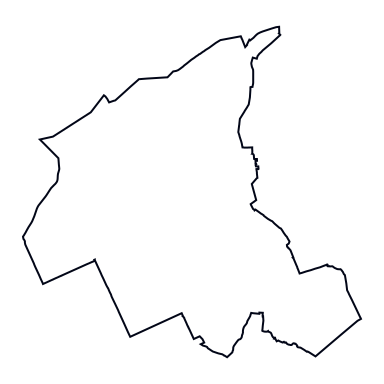 Zwartewaterland, Overijssel, Netherlands (Albers equal-area conic projection)
{"feature_id": "6326949B58737844931960", "entity_name": "Zwartewaterland", "entity_type": "district", "adm_level": 2, "iso_a3": "NLD", "parent_name": "Netherlands", "parent_adm1": "Overijssel", "projection": "albers", "projection_center": [6.086, 52.61], "detail": "fine", "context": "isolated", "style": "outline", "palette": "ink", "viewbox_px": 384, "rotation_deg": 0, "n_neighbors": 0, "source": "geoboundaries", "source_scale": "gbopen_adm2", "svg_char_len": 5717}
<svg xmlns="http://www.w3.org/2000/svg" viewBox="0 0 384 384"><path d="M128.0,332.2L130.2,336.8L181.7,313.2L183.0,316.2L183.5,316.9L183.4,316.9L183.8,317.3L186.5,323.3L187.5,325.7L187.9,326.2L188.3,327.1L188.2,327.1L188.9,328.6L189.2,329.0L193.8,339.0L199.7,336.3L202.5,339.2L204.2,342.6L200.8,344.2L203.0,345.6L205.8,346.4L207.1,347.0L207.8,348.2L212.8,351.5L218.4,353.4L222.3,354.3L223.1,354.8L223.8,355.2L224.1,355.6L224.3,355.7L224.7,355.7L227.1,357.2L232.3,352.4L232.6,351.1L233.1,350.1L233.2,348.7L233.3,347.3L233.9,345.9L236.4,342.4L237.7,340.7L238.5,339.8L238.9,339.6L240.3,339.1L241.0,338.4L241.4,337.8L241.7,337.2L242.1,335.0L242.4,334.5L242.6,333.9L243.0,332.2L242.9,331.6L243.0,330.2L243.3,328.8L243.8,327.3L244.4,326.3L246.2,324.1L246.8,323.2L247.4,321.0L249.5,317.4L250.2,316.1L250.5,314.9L251.1,313.2L251.2,312.9L253.0,313.2L259.3,313.8L259.4,312.6L262.8,312.8L262.6,315.7L262.7,316.5L263.1,316.4L263.4,320.7L262.8,325.6L262.5,329.0L262.3,330.4L262.3,330.8L262.8,331.1L264.4,331.6L266.4,331.7L267.2,331.6L267.8,331.2L268.1,331.0L268.4,331.7L268.9,331.8L270.6,332.6L270.9,332.9L271.4,333.8L272.1,335.7L272.7,336.8L273.0,337.2L273.4,337.5L274.1,337.6L274.0,338.3L274.8,338.0L274.9,338.4L275.2,338.2L275.5,339.2L276.7,341.3L278.3,340.5L279.3,341.1L282.5,342.5L282.9,342.5L283.4,342.2L283.8,342.1L283.7,341.9L283.9,341.8L284.5,342.5L285.0,342.7L285.3,342.4L286.1,342.5L286.9,343.7L287.3,344.0L288.3,344.5L288.9,344.7L289.3,344.7L289.7,344.8L290.4,345.0L291.4,345.0L291.7,344.9L292.8,343.7L293.4,343.3L293.9,343.3L295.0,343.6L294.9,343.8L296.1,344.3L296.5,344.7L297.2,345.7L297.0,346.1L297.2,346.6L297.8,347.2L299.4,347.5L300.4,347.6L300.8,347.8L304.4,350.0L305.5,350.8L307.0,351.8L307.6,351.5L309.1,352.3L315.5,356.4L340.3,335.3L357.3,321.0L357.9,320.6L361.0,318.9L360.6,318.0L360.1,317.1L357.1,310.8L352.0,300.1L349.2,294.5L349.0,294.1L348.5,292.9L347.2,290.4L347.1,290.1L346.3,283.3L345.0,275.7L344.7,274.8L344.6,274.7L344.1,274.4L343.9,274.2L342.9,272.0L341.3,269.9L340.9,269.5L340.5,269.2L339.5,269.3L337.3,269.1L335.0,268.1L333.9,267.4L332.5,266.3L332.2,266.3L330.1,266.4L329.7,266.4L329.2,266.1L328.6,266.3L327.6,266.2L327.3,265.8L327.6,265.4L327.6,264.8L327.4,264.5L327.0,264.5L325.9,265.1L325.4,265.2L320.0,267.3L315.1,268.7L310.7,270.2L306.3,271.4L301.8,272.9L299.6,273.5L299.5,273.2L297.8,268.8L297.4,268.0L297.1,266.7L296.8,266.2L296.2,264.8L293.8,259.1L293.5,258.4L292.9,257.8L293.4,257.6L290.5,250.3L288.9,248.4L288.5,248.3L288.3,248.1L288.2,247.6L288.0,247.4L287.5,247.2L287.3,246.6L287.0,246.2L287.0,245.9L286.9,244.9L288.7,243.6L288.8,243.4L289.0,242.9L289.1,242.7L289.5,241.5L287.6,238.3L287.0,237.0L286.4,236.3L285.7,235.6L283.7,232.8L282.3,230.5L280.9,228.5L279.5,227.9L274.4,223.5L272.4,221.4L272.0,221.1L271.0,220.7L270.0,220.1L267.8,218.8L266.5,217.8L264.1,216.0L263.9,215.8L263.5,215.1L262.6,214.6L261.6,213.9L261.1,213.7L259.4,212.4L255.5,209.6L254.5,210.4L254.4,210.2L254.1,209.5L253.1,209.0L252.9,208.6L251.0,204.9L250.7,204.1L256.2,200.1L251.8,184.0L256.7,178.3L256.9,178.1L257.4,177.9L256.9,173.5L256.9,172.3L256.5,169.8L256.4,169.1L256.9,169.0L258.4,169.1L258.5,169.0L258.5,168.6L258.3,166.4L256.0,166.4L255.7,165.6L255.7,165.1L256.0,164.4L256.3,164.2L256.1,163.7L255.5,163.6L255.5,163.4L255.6,162.0L255.5,160.9L257.0,160.8L256.9,159.0L254.2,159.0L254.0,158.1L254.0,157.3L253.9,156.6L253.9,156.0L253.8,155.2L253.5,154.5L253.3,154.3L252.8,153.9L252.3,153.8L252.4,153.7L252.3,153.1L252.3,152.1L252.3,150.6L252.3,149.9L252.2,149.6L252.2,147.4L247.1,147.6L244.0,147.6L243.5,147.4L242.5,147.4L242.1,145.3L241.8,143.6L241.3,141.7L239.7,136.8L239.2,134.8L238.3,132.1L239.0,126.5L239.0,126.3L239.3,124.4L239.4,123.1L239.9,118.8L240.4,118.0L244.4,111.6L244.8,110.8L246.9,107.6L247.8,106.0L248.7,104.6L249.9,97.5L250.4,89.8L250.4,87.7L250.5,87.1L252.5,86.9L252.6,86.1L253.1,83.8L253.2,82.5L253.2,79.4L253.2,78.4L253.2,71.7L253.1,69.7L251.9,66.8L251.4,64.3L251.3,63.4L251.3,63.0L252.0,60.3L252.4,59.0L252.8,57.6L256.8,58.7L257.5,56.2L259.3,53.8L261.4,51.9L262.7,50.4L271.2,43.3L279.7,35.5L279.9,35.4L280.3,34.9L278.9,33.4L279.3,33.1L279.1,26.8L277.5,27.0L276.1,27.2L272.1,28.4L262.9,31.4L260.3,32.4L258.1,33.5L257.0,34.3L256.1,35.1L255.1,36.1L253.5,37.8L250.2,40.4L249.6,39.7L249.4,39.6L247.0,44.5L247.1,45.0L245.2,47.1L242.1,39.2L241.6,38.5L241.5,37.9L240.8,36.3L220.4,40.1L215.8,42.9L209.1,47.8L205.7,49.9L205.2,50.2L204.8,50.6L203.7,51.4L202.9,51.8L200.9,53.3L199.9,54.0L199.2,54.2L198.0,55.2L196.1,56.4L194.3,57.8L191.3,59.8L186.8,63.5L183.9,65.7L183.4,66.3L180.1,68.8L178.8,69.7L178.0,70.2L176.2,70.9L174.0,71.3L173.2,71.4L167.5,77.3L146.5,78.6L138.9,79.2L138.7,79.3L138.2,79.9L137.4,80.6L133.3,84.2L131.0,86.2L122.2,94.2L115.4,100.3L115.0,100.5L113.7,100.8L109.1,102.4L108.5,101.3L108.5,101.2L108.3,100.9L107.3,99.0L105.3,96.3L104.8,96.1L104.6,95.9L104.3,95.6L103.9,95.3L90.8,112.3L53.0,136.6L39.9,139.5L58.4,158.2L58.9,164.7L59.2,167.7L59.3,168.9L59.1,170.0L58.0,173.8L57.8,175.4L57.6,179.1L57.4,180.3L57.0,181.5L56.4,182.5L55.3,183.9L54.1,185.0L51.1,188.1L49.5,190.5L46.6,195.0L45.7,196.3L42.8,200.0L40.0,203.6L38.5,205.5L37.7,206.9L36.9,208.6L34.3,216.2L32.3,221.0L31.4,222.7L28.5,227.2L26.7,230.4L25.6,232.5L23.8,235.5L23.0,236.6L23.1,237.3L23.3,238.0L23.4,238.9L24.1,239.7L24.7,240.9L24.9,241.2L24.9,242.7L25.3,244.6L27.3,249.0L33.9,263.5L34.3,264.7L35.3,267.0L39.0,274.9L40.9,279.3L42.6,282.9L43.0,284.0L55.3,278.4L86.0,264.6L94.5,260.9L94.7,260.7L94.3,259.8L94.8,259.6L94.8,260.1L101.0,273.6L101.6,275.1L103.3,278.6L106.4,285.4L107.9,288.1L108.1,288.2L108.7,289.7L108.7,289.8L110.1,292.9L110.4,293.4L110.6,293.8L111.0,294.6L111.5,296.3L111.6,296.6L114.0,301.6L115.5,304.7L118.3,310.6L118.6,311.5L124.1,323.5L128.0,332.2Z" fill="none" stroke="#020617" stroke-width="2"/></svg>